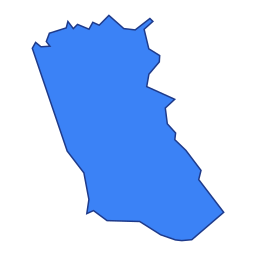 the district of McDuffie, Georgia, United States of America
{"feature_id": "52423323B55059844106261", "entity_name": "McDuffie", "entity_type": "district", "adm_level": 2, "iso_a3": "USA", "parent_name": "United States of America", "parent_adm1": "Georgia", "projection": "orthographic", "projection_center": [-82.481, 33.485], "detail": "fine", "context": "isolated", "style": "filled", "palette": "blue", "viewbox_px": 256, "rotation_deg": 0, "n_neighbors": 0, "source": "geoboundaries", "source_scale": "gbopen_adm2", "svg_char_len": 651}
<svg xmlns="http://www.w3.org/2000/svg" viewBox="0 0 256 256"><path d="M191.8,239.7L223.7,212.3L198.7,179.6L201.0,170.4L185.9,150.4L174.8,139.7L175.6,133.0L167.3,123.8L165.3,108.0L174.7,99.3L146.7,86.6L148.9,74.2L159.3,61.9L159.7,55.6L148.8,48.8L144.1,29.3L152.9,21.4L149.9,18.5L135.2,29.9L123.8,28.6L108.9,15.4L99.2,25.2L92.8,22.3L89.0,29.2L77.5,24.4L73.3,28.6L67.9,21.5L66.2,27.9L49.4,33.2L46.3,41.5L49.9,46.2L41.0,46.8L35.6,42.4L32.3,48.3L54.9,114.8L67.2,151.1L83.9,172.9L84.8,177.7L88.9,199.5L86.8,213.6L93.5,210.6L107.0,220.6L139.7,221.5L160.7,234.8L175.4,239.9L181.8,240.6L191.8,239.7Z" fill="#3b82f6" stroke="#1e3a8a" stroke-width="1.5"/></svg>